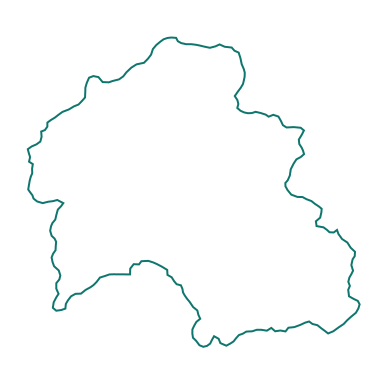 Santo Antônio do Amparo, Minas Gerais, Brazil (Robinson projection), rotated 268°
{"feature_id": "56859067B88751965199832", "entity_name": "Santo Antônio do Amparo", "entity_type": "district", "adm_level": 2, "iso_a3": "BRA", "parent_name": "Brazil", "parent_adm1": "Minas Gerais", "projection": "robinson", "projection_center": [-44.951, -20.918], "detail": "fine", "context": "isolated", "style": "outline", "palette": "teal", "viewbox_px": 384, "rotation_deg": 268, "n_neighbors": 0, "source": "geoboundaries", "source_scale": "gbopen_adm2", "svg_char_len": 3226}
<svg xmlns="http://www.w3.org/2000/svg" viewBox="0 0 384 384"><g transform="rotate(268 192 192)"><path d="M343.2,165.4L340.1,161.4L336.2,157.9L330.7,155.9L326.7,152.6L322.8,148.5L321.5,141.0L318.4,135.7L314.0,130.7L310.0,127.4L307.1,123.0L305.7,116.5L304.5,112.7L305.0,106.5L310.1,102.5L311.3,97.4L309.8,93.1L304.8,90.7L300.0,89.1L295.3,88.8L290.2,88.4L287.0,85.4L283.4,81.7L281.7,77.0L278.8,71.8L276.6,65.4L274.0,61.5L271.1,57.5L268.8,53.4L266.4,49.9L262.3,49.7L259.0,47.1L257.7,43.4L252.4,43.6L247.7,42.2L245.0,38.1L243.1,33.3L240.5,29.4L236.9,30.2L232.5,31.4L228.0,30.2L225.4,33.9L221.0,33.0L216.3,33.0L212.9,31.4L209.0,30.2L203.7,29.1L200.2,28.4L197.4,30.2L194.3,32.4L191.0,33.4L188.0,36.8L186.1,42.4L187.3,48.0L187.7,52.6L188.7,57.1L185.4,63.0L182.4,60.7L179.1,57.3L174.4,55.8L169.2,54.4L165.8,51.4L162.6,49.9L158.2,48.9L153.1,50.2L150.3,53.0L147.0,54.5L143.2,54.0L138.6,53.6L135.1,51.0L131.5,49.4L126.8,50.2L122.6,51.6L118.2,56.1L113.2,57.5L109.3,56.4L105.6,53.2L100.1,53.0L94.9,55.1L91.3,52.6L86.5,49.9L81.1,48.9L78.1,52.2L78.6,57.2L79.9,61.4L84.5,62.0L88.0,64.2L92.0,67.5L94.3,72.0L94.3,77.5L97.9,82.3L100.3,87.1L102.4,90.3L105.4,93.5L109.7,97.0L111.1,102.1L112.5,106.6L112.5,110.8L112.3,115.1L112.1,120.4L111.8,127.2L117.6,127.6L121.9,131.2L121.5,136.5L124.6,139.0L124.7,145.9L123.0,150.7L121.1,154.6L118.3,159.5L115.0,164.5L110.0,164.6L107.5,168.7L103.5,171.0L100.4,173.4L99.1,177.7L95.3,179.1L92.0,179.5L88.9,181.1L85.5,183.3L82.3,185.8L77.0,189.1L73.4,193.2L69.0,194.1L65.0,195.8L62.1,191.9L58.3,189.5L54.6,187.6L50.5,187.4L46.3,187.9L43.2,190.9L38.6,194.1L36.9,197.9L37.7,201.7L39.9,204.9L43.5,206.8L47.1,209.0L44.4,213.5L40.0,215.1L37.2,220.9L39.3,225.2L41.2,228.3L44.4,231.0L47.4,233.9L48.6,237.8L50.6,241.4L50.7,247.3L52.0,251.8L51.9,256.3L50.8,262.0L53.4,266.5L49.9,270.3L50.5,275.4L49.4,280.6L53.0,283.6L53.4,289.5L55.4,295.6L57.5,300.6L58.5,304.5L55.9,307.8L54.5,312.7L51.5,316.2L48.8,319.6L45.9,323.1L47.9,328.4L51.5,333.7L54.8,339.0L58.3,342.5L61.6,346.4L65.6,351.6L69.8,354.2L73.9,355.6L77.4,353.9L79.4,350.0L82.3,345.3L88.8,344.7L92.6,346.5L96.8,345.1L101.0,346.3L104.2,348.3L107.7,350.2L113.4,348.7L119.2,350.2L122.2,352.4L126.6,352.8L130.8,348.6L136.1,345.5L139.7,340.4L144.9,336.9L149.0,335.6L146.6,332.2L147.0,328.0L149.4,325.6L152.1,322.2L153.6,315.3L158.4,314.8L161.9,319.2L167.2,320.6L170.7,321.0L173.2,318.2L175.8,314.5L178.8,311.0L180.8,306.2L183.1,302.3L183.4,297.2L185.9,291.1L190.7,287.5L194.4,285.6L197.7,285.6L200.4,288.1L204.9,290.3L211.3,291.5L216.9,294.6L221.0,297.5L223.1,301.8L225.9,305.3L229.5,304.4L232.6,303.1L236.2,300.9L240.7,300.6L245.7,303.9L249.6,306.0L252.4,302.9L253.3,296.0L253.2,288.7L255.6,285.2L260.2,283.2L264.4,281.0L266.3,275.9L264.6,271.2L266.7,268.5L268.6,263.2L269.9,258.3L268.8,254.6L268.8,250.6L269.7,246.9L271.5,243.3L274.4,240.2L278.3,241.4L282.2,240.6L286.4,238.1L290.8,241.4L294.4,244.3L298.1,246.7L301.6,247.7L305.3,248.6L309.3,248.9L312.9,248.1L318.1,246.1L324.0,245.1L329.7,243.5L331.7,239.4L335.0,236.7L336.0,229.8L338.5,224.7L336.7,220.4L335.5,214.9L336.9,209.2L338.1,204.9L339.0,201.1L339.7,196.8L339.9,191.4L341.2,186.4L343.2,183.1L346.6,181.5L347.1,176.6L346.8,172.8L345.6,168.9L343.2,165.4Z" fill="none" stroke="#0f766e" stroke-width="2"/></g></svg>